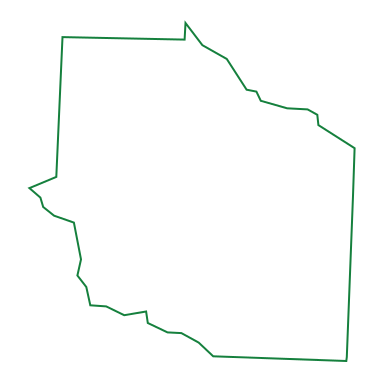 Gibson, Tennessee, United States of America
{"feature_id": "52423323B84989214455528", "entity_name": "Gibson", "entity_type": "district", "adm_level": 2, "iso_a3": "USA", "parent_name": "United States of America", "parent_adm1": "Tennessee", "projection": "albers", "projection_center": [-88.965, 36.007], "detail": "fine", "context": "isolated", "style": "outline", "palette": "green", "viewbox_px": 384, "rotation_deg": 0, "n_neighbors": 0, "source": "geoboundaries", "source_scale": "gbopen_adm2", "svg_char_len": 529}
<svg xmlns="http://www.w3.org/2000/svg" viewBox="0 0 384 384"><path d="M213.2,356.3L346.3,361.0L346.8,357.1L353.0,195.9L354.6,148.2L318.4,125.1L317.3,114.8L307.6,109.4L287.1,108.3L260.8,100.8L256.4,91.6L246.6,89.7L226.8,59.0L202.4,45.2L185.5,23.0L184.6,39.6L62.5,37.1L56.3,176.9L29.4,188.1L40.4,197.6L43.2,207.0L54.1,215.7L73.9,222.6L81.0,259.4L77.4,275.5L86.3,287.0L90.3,305.3L106.2,306.4L124.2,315.2L146.1,311.5L147.8,323.0L167.5,332.4L181.4,333.1L198.7,342.6L213.2,356.3Z" fill="none" stroke="#15803d" stroke-width="2"/></svg>